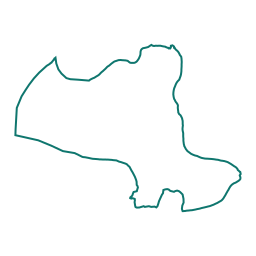 Xamneua, Houaphan, Laos
{"feature_id": "54806243B30579322269888", "entity_name": "Xamneua", "entity_type": "district", "adm_level": 2, "iso_a3": "LAO", "parent_name": "Laos", "parent_adm1": "Houaphan", "projection": "orthographic", "projection_center": [104.067, 20.373], "detail": "fine", "context": "isolated", "style": "outline", "palette": "teal", "viewbox_px": 256, "rotation_deg": 0, "n_neighbors": 0, "source": "geoboundaries", "source_scale": "gbopen_adm2", "svg_char_len": 5668}
<svg xmlns="http://www.w3.org/2000/svg" viewBox="0 0 256 256"><path d="M55.5,57.8L55.2,58.1L54.8,58.2L54.5,58.4L54.2,58.9L54.0,59.5L53.8,59.9L53.5,60.0L53.3,60.2L53.0,60.7L52.4,61.4L52.1,61.8L51.8,62.1L51.6,62.5L51.3,62.6L51.1,62.9L50.8,63.0L50.4,63.2L50.1,63.5L49.8,63.9L46.7,65.8L39.2,72.6L33.9,78.4L29.1,84.7L25.7,89.8L21.6,96.3L16.8,107.9L15.6,129.1L15.4,135.2L24.4,137.2L38.2,140.3L51.1,145.6L62.9,151.1L74.7,153.1L76.1,153.8L77.5,154.4L79.0,155.2L80.4,155.9L81.0,156.2L81.7,156.6L82.8,157.0L83.3,157.1L84.6,157.2L85.4,157.3L86.9,157.6L88.5,157.9L90.3,158.3L91.7,158.6L92.7,158.8L94.3,158.9L97.0,159.1L98.2,159.2L99.5,159.4L100.8,159.4L102.3,159.5L104.8,159.5L106.5,159.6L107.9,159.6L109.0,159.7L111.9,159.9L112.9,160.1L114.0,160.2L115.1,160.3L116.4,160.4L117.5,160.9L119.0,161.6L120.2,161.9L121.0,162.1L123.3,162.9L124.6,163.3L125.7,163.7L126.9,164.3L127.7,165.2L128.2,165.7L128.9,166.3L129.5,166.8L130.2,168.1L131.5,170.6L132.1,171.5L132.6,172.4L133.0,173.1L134.9,176.8L136.1,179.9L136.6,181.8L136.7,184.9L137.5,186.0L137.9,187.5L137.4,189.0L136.8,191.2L133.6,192.0L132.9,193.6L132.6,194.8L132.1,195.8L130.3,197.4L130.2,198.2L131.3,198.6L132.5,198.2L134.7,198.9L134.9,200.1L134.6,202.2L135.2,206.0L135.6,207.1L136.8,207.6L139.3,207.5L143.7,206.2L144.8,206.9L148.9,206.2L151.2,206.9L154.6,206.6L156.3,207.4L157.4,206.3L158.3,203.7L159.0,201.2L160.4,198.1L161.9,194.8L163.0,193.2L163.4,190.0L165.2,189.4L167.2,189.1L168.7,189.5L170.3,190.9L174.0,191.8L175.2,191.1L177.1,190.6L178.8,191.1L180.3,192.2L182.6,194.5L183.0,196.4L183.5,198.9L183.6,202.6L182.9,204.2L182.3,205.6L181.9,208.9L182.6,211.1L182.9,211.1L183.5,211.1L184.5,211.0L185.1,211.0L185.9,210.8L186.6,210.7L187.1,210.6L187.9,210.6L190.5,210.3L192.0,210.2L195.6,209.5L197.2,209.1L198.9,208.8L200.2,208.5L201.4,208.1L202.7,207.8L204.5,207.4L206.1,207.0L207.3,206.7L208.0,206.5L209.8,206.1L210.9,205.7L212.4,205.1L213.6,204.7L214.3,204.3L215.8,203.6L217.4,202.9L218.7,202.1L220.1,201.3L221.0,200.8L221.8,200.2L222.7,199.2L223.3,198.5L224.7,196.2L225.0,195.8L225.5,194.9L226.4,193.2L227.0,192.2L227.7,190.9L228.4,189.9L229.0,188.7L229.5,187.8L230.3,186.5L231.1,185.5L231.9,184.7L232.7,184.1L233.9,183.3L235.2,182.8L236.6,182.1L237.2,181.6L238.3,181.0L239.2,180.3L239.9,179.6L240.3,179.0L240.4,178.5L240.4,178.0L240.4,177.2L239.8,175.7L239.7,175.3L240.1,174.8L240.6,174.2L240.6,173.6L240.6,173.1L240.2,172.6L240.2,172.4L240.2,171.9L239.5,171.5L238.7,170.7L237.8,170.0L237.7,169.7L237.6,169.3L237.5,169.0L237.1,168.6L236.5,167.8L235.9,167.3L235.2,166.8L234.3,166.3L233.0,165.4L232.0,164.7L230.5,163.7L229.7,163.3L229.1,162.9L228.5,162.6L228.1,162.3L227.3,162.0L226.5,161.7L225.7,161.5L224.5,161.1L223.1,160.9L222.6,160.8L221.7,160.7L220.9,160.6L219.4,160.2L218.5,159.9L217.2,159.7L216.1,159.6L215.0,159.4L213.6,159.2L211.8,159.0L210.5,158.9L209.0,158.8L207.6,158.7L206.6,158.7L205.9,158.6L205.1,158.6L204.1,158.4L203.0,158.2L201.6,157.9L200.5,157.5L199.5,157.1L198.0,156.4L197.2,156.0L195.0,155.5L193.2,154.8L192.1,154.3L190.9,153.7L190.4,153.3L189.9,152.9L189.2,152.4L188.7,152.0L188.1,151.6L187.5,151.1L187.1,150.7L186.8,150.3L186.5,149.8L186.1,149.4L185.9,149.1L185.7,148.7L184.2,145.9L184.2,145.4L183.8,144.1L183.7,143.1L183.4,140.8L183.4,139.6L183.4,138.5L183.3,137.7L183.2,136.3L183.2,133.2L183.0,132.1L182.7,130.9L182.5,129.0L182.6,127.7L182.9,125.2L182.7,124.3L182.7,123.2L182.7,121.9L182.6,120.6L182.2,119.1L182.1,118.3L181.6,117.4L181.2,116.4L180.9,116.0L180.6,115.4L179.9,114.7L179.2,114.2L178.6,113.0L178.3,112.6L178.2,111.1L178.0,109.9L177.9,108.9L177.8,107.9L177.8,107.2L177.9,106.2L177.9,105.3L177.5,104.3L176.6,102.9L176.0,102.2L175.4,101.3L174.9,100.1L174.2,99.0L173.8,97.6L173.6,96.6L173.3,94.2L173.4,93.2L173.4,92.5L173.6,91.0L173.9,89.4L174.3,88.0L174.8,86.9L175.2,85.9L175.7,84.6L176.3,83.3L177.1,82.0L178.1,80.8L179.3,79.6L179.4,79.2L179.9,77.8L180.5,76.2L180.9,74.8L181.2,72.9L181.4,71.1L181.4,69.6L181.6,66.4L181.6,65.2L181.6,64.0L181.7,62.9L181.7,61.4L181.6,60.0L181.5,58.5L181.2,56.7L179.7,54.7L179.3,53.6L178.1,51.7L177.3,50.9L176.6,50.2L175.9,49.7L175.2,48.8L175.1,48.4L175.0,48.2L174.8,48.2L174.7,48.2L174.6,48.3L174.4,48.2L174.2,48.0L174.1,47.9L174.1,47.7L174.0,47.4L174.0,47.2L174.1,46.9L174.1,46.7L173.8,46.4L173.7,46.2L173.4,46.0L172.8,45.6L172.4,45.3L172.2,45.3L171.6,45.7L171.4,45.8L171.2,45.8L170.9,45.8L170.9,46.0L171.0,46.2L171.1,46.3L171.1,46.5L170.9,46.6L170.8,46.8L170.7,47.0L170.8,47.2L170.8,47.4L170.8,47.5L170.6,47.9L170.4,48.1L170.2,48.4L170.1,48.5L169.8,48.4L169.7,48.3L169.5,48.2L169.4,48.3L169.2,48.4L168.7,48.4L168.6,48.2L168.4,48.0L168.3,47.9L168.2,47.8L167.8,47.8L167.6,47.8L167.2,47.6L166.7,47.4L166.4,47.3L166.1,47.2L165.9,47.0L165.6,46.9L165.3,46.7L162.8,46.3L160.2,45.7L157.2,45.8L155.9,45.7L154.0,46.0L152.7,45.7L152.1,45.4L151.4,44.9L150.1,45.7L148.2,47.0L146.4,47.5L144.7,47.9L143.0,48.2L141.7,49.1L141.6,49.3L141.3,49.6L141.0,50.1L140.6,51.4L140.5,52.4L140.5,53.2L140.4,54.3L140.3,55.0L139.9,56.1L139.0,58.2L138.5,59.1L137.8,60.1L137.2,60.9L136.7,61.5L135.9,62.1L135.0,62.6L134.4,62.8L133.4,62.9L132.6,62.9L131.4,62.9L130.7,62.8L130.1,62.7L129.4,62.2L128.8,61.8L127.9,61.0L127.5,60.8L126.8,60.6L126.5,60.6L125.5,60.4L124.7,60.3L124.0,60.3L122.7,60.2L122.0,60.2L121.7,60.1L120.6,60.0L118.7,60.1L117.4,60.5L116.6,60.8L114.9,61.3L114.5,61.5L113.7,61.9L113.2,62.3L112.6,62.8L111.7,63.4L111.1,63.9L110.2,64.7L109.5,65.3L109.0,65.7L108.4,66.1L107.8,66.4L107.2,66.9L105.4,68.8L103.3,70.7L102.9,71.1L101.5,72.2L100.3,73.4L99.6,74.2L98.7,75.0L97.8,75.6L96.4,76.4L95.0,77.3L94.2,77.8L93.3,78.1L92.7,78.4L91.6,78.9L90.1,79.7L89.0,80.6L78.1,79.7L70.3,79.2L66.4,78.1L61.5,73.6L58.4,69.4L56.3,63.5L55.5,57.8Z" fill="none" stroke="#0f766e" stroke-width="2"/></svg>